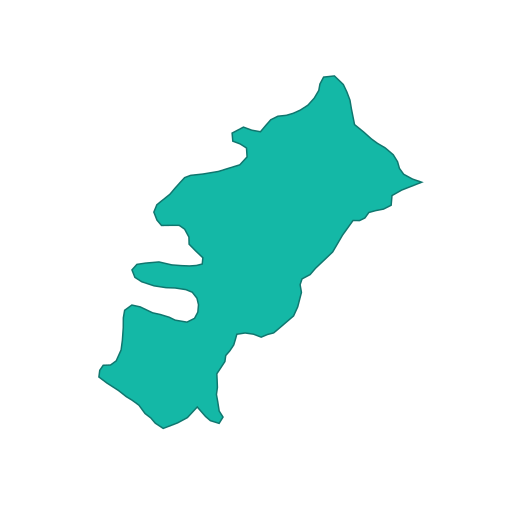 Mato Queimado, Rio Grande do Sul, Brazil, rotated 298°
{"feature_id": "56859067B13122531384291", "entity_name": "Mato Queimado", "entity_type": "district", "adm_level": 2, "iso_a3": "BRA", "parent_name": "Brazil", "parent_adm1": "Rio Grande do Sul", "projection": "orthographic", "projection_center": [-54.664, -28.247], "detail": "fine", "context": "isolated", "style": "filled", "palette": "teal", "viewbox_px": 512, "rotation_deg": 298, "n_neighbors": 0, "source": "geoboundaries", "source_scale": "gbopen_adm2", "svg_char_len": 1938}
<svg xmlns="http://www.w3.org/2000/svg" viewBox="0 0 512 512"><g transform="rotate(298 256 256)"><path d="M398.9,367.6L397.4,358.0L397.5,348.0L400.7,341.5L405.7,336.7L409.8,329.7L412.1,319.4L412.5,310.2L413.6,302.7L416.0,293.0L418.3,281.3L430.9,271.0L437.7,265.8L443.5,259.2L448.4,252.6L451.8,240.7L445.7,231.7L437.9,231.7L431.7,233.7L422.6,233.3L413.5,231.0L405.6,226.6L399.4,221.8L394.5,216.8L389.7,209.7L383.3,205.1L376.6,203.5L367.8,201.6L365.1,193.2L363.9,184.4L353.3,177.2L346.5,181.6L347.5,189.3L346.9,196.9L339.3,201.6L328.9,198.9L321.7,191.7L313.0,183.1L303.5,170.7L296.5,160.4L291.7,156.2L285.3,154.5L278.0,152.7L270.1,151.0L260.4,146.8L254.7,144.4L246.8,145.2L241.2,151.7L238.6,158.2L243.7,167.5L247.0,173.8L246.2,180.4L241.2,187.9L235.0,191.4L232.2,200.2L229.5,209.9L223.7,212.3L219.7,207.9L216.0,202.0L212.5,194.7L208.6,185.8L205.2,173.1L197.8,161.7L192.7,154.8L185.5,153.0L180.3,159.1L179.6,167.2L181.8,180.0L185.8,191.4L189.8,199.6L193.4,209.9L194.1,216.7L191.0,223.7L186.0,228.1L179.1,231.0L172.1,231.0L165.2,226.1L161.4,214.7L161.2,208.2L159.4,198.9L157.3,191.4L156.7,177.6L154.4,169.4L146.4,165.5L139.1,167.9L130.3,172.5L118.8,177.6L109.7,181.0L97.8,181.8L91.4,178.7L87.8,172.4L81.7,171.7L75.4,174.1L73.8,184.2L72.7,197.6L70.9,207.5L70.5,214.4L69.3,222.7L64.8,232.0L63.6,239.2L61.1,245.5L60.2,255.0L71.8,265.1L81.1,271.3L95.1,275.0L90.6,286.8L89.2,293.0L90.9,302.0L98.3,302.5L101.8,296.3L109.4,290.6L115.1,286.1L121.9,283.6L127.9,280.1L133.6,276.7L140.7,277.4L148.2,278.1L153.9,276.0L160.0,277.4L167.0,278.1L172.5,277.0L177.9,275.8L182.9,282.5L185.8,290.5L186.8,298.7L192.2,303.1L196.4,307.7L201.6,309.8L220.7,317.3L230.7,316.7L245.2,313.2L251.4,308.4L257.4,307.4L265.0,312.5L273.1,314.3L281.4,317.1L289.5,319.8L295.6,321.8L315.1,322.6L332.9,325.0L335.9,330.8L340.7,334.3L347.4,335.2L352.3,340.4L357.3,346.6L364.3,351.5L373.2,347.7L382.5,353.6L398.9,367.6Z" fill="#14b8a6" stroke="#0f766e" stroke-width="1.5"/></g></svg>